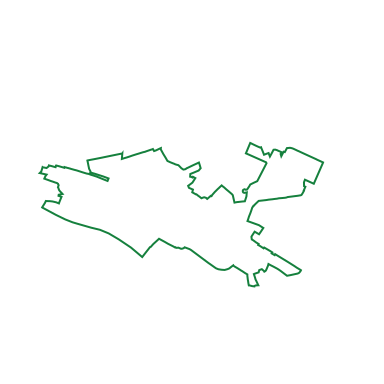 the district of Līvāni, Livanu, Latvia, rotated 307°
{"feature_id": "27541924B22543300679500", "entity_name": "Līvāni", "entity_type": "district", "adm_level": 2, "iso_a3": "LVA", "parent_name": "Latvia", "parent_adm1": "Livanu", "projection": "orthographic", "projection_center": [26.183, 56.355], "detail": "fine", "context": "isolated", "style": "outline", "palette": "green", "viewbox_px": 384, "rotation_deg": 307, "n_neighbors": 0, "source": "geoboundaries", "source_scale": "gbopen_adm2", "svg_char_len": 5718}
<svg xmlns="http://www.w3.org/2000/svg" viewBox="0 0 384 384"><g transform="rotate(307 192 192)"><path d="M202.8,134.9L202.0,134.5L201.7,134.2L200.7,133.5L200.4,133.3L196.7,130.8L196.0,130.4L194.2,128.9L192.4,127.6L190.0,125.9L189.5,125.5L185.3,122.5L182.9,120.9L179.9,118.8L179.4,118.4L177.5,117.0L177.0,116.7L176.5,116.3L176.2,116.1L180.9,113.1L180.7,113.1L180.1,112.5L180.0,112.4L172.3,105.6L164.8,99.0L159.0,93.8L156.6,91.6L154.8,90.0L154.5,89.7L154.2,89.5L152.3,91.7L150.3,93.9L149.3,95.1L148.7,95.7L148.0,97.1L147.3,98.6L146.4,99.0L147.3,101.4L148.2,103.7L149.6,107.8L151.0,111.8L151.8,114.5L152.6,117.2L151.9,117.4L150.0,117.9L148.8,113.6L147.0,106.8L146.9,106.5L145.6,102.7L145.1,101.4L144.1,98.2L143.9,97.9L143.3,96.7L142.9,95.6L142.5,94.5L141.9,92.9L140.6,89.1L139.9,87.1L139.5,86.1L138.9,84.7L138.4,83.4L137.6,81.4L137.5,81.0L136.6,78.7L136.1,77.6L135.8,76.6L135.3,75.6L135.2,75.2L134.5,75.5L132.6,70.4L131.4,67.5L131.2,67.5L130.0,68.0L129.9,68.0L129.7,68.1L129.6,67.9L128.4,64.8L127.1,61.7L126.2,62.1L123.6,61.4L121.9,57.8L121.9,57.7L120.1,58.4L117.6,59.3L115.5,59.0L118.4,65.4L116.5,65.4L113.8,66.0L114.4,68.0L115.0,69.9L115.8,72.6L116.7,75.2L117.3,77.2L117.6,77.9L117.8,78.5L117.9,78.8L117.9,79.3L117.9,79.9L117.9,80.1L117.7,80.4L117.5,80.6L117.3,81.1L117.2,81.4L116.9,81.5L115.1,82.1L114.9,82.7L114.4,83.4L113.5,84.8L113.1,86.3L112.7,88.8L112.5,89.8L109.6,87.2L108.6,87.7L109.6,90.7L104.3,92.1L102.8,92.6L102.0,89.7L100.5,86.3L99.2,84.1L97.3,81.4L96.9,80.7L95.8,80.9L95.1,81.1L89.5,81.6L89.5,81.9L91.8,96.9L93.8,107.2L95.9,114.8L97.5,119.1L102.8,132.9L106.4,141.2L108.8,150.4L110.1,162.0L110.9,176.8L110.1,191.4L116.4,191.5L120.6,191.6L122.6,191.6L123.4,192.1L127.1,192.4L132.4,193.4L134.8,193.8L135.8,200.5L136.2,203.9L137.3,210.0L137.5,211.9L137.9,212.0L138.0,213.0L138.1,213.3L139.4,214.7L139.5,215.2L140.1,217.5L141.1,218.5L142.5,219.3L143.4,219.4L144.9,224.4L145.1,226.1L145.2,247.9L145.3,250.0L145.5,257.0L145.7,257.8L146.2,259.6L147.7,262.4L149.4,265.0L151.9,266.9L153.5,267.8L155.9,268.4L158.3,269.1L158.2,269.3L158.1,269.6L158.1,270.1L158.1,270.6L158.3,272.4L158.5,274.0L158.7,276.5L158.8,277.5L158.8,278.2L159.0,279.7L159.2,283.2L159.5,285.8L158.3,286.7L157.2,287.8L155.7,289.2L154.7,290.3L153.2,291.8L152.1,293.0L151.6,293.6L152.1,294.3L152.5,295.3L153.0,296.6L154.0,298.4L154.2,298.2L155.8,299.2L157.4,301.1L159.8,296.6L160.1,295.9L160.6,295.1L161.4,294.1L163.7,290.8L164.1,291.0L167.9,293.6L170.1,292.7L172.4,294.2L172.2,297.0L171.9,297.7L173.0,298.2L173.6,298.2L174.2,298.2L174.9,298.0L175.7,297.9L176.3,297.7L177.4,297.4L178.4,297.2L178.9,297.0L179.0,297.0L180.5,296.4L180.8,298.6L181.4,301.9L182.0,305.8L182.2,307.7L182.3,310.2L182.3,317.8L182.3,318.3L184.8,320.6L190.5,325.5L191.3,325.9L192.0,326.2L193.8,326.3L194.6,326.2L195.1,326.1L195.1,325.7L194.6,321.0L194.5,318.5L193.8,310.3L192.7,299.2L192.4,295.8L191.3,296.0L190.9,292.6L192.1,292.5L191.9,289.9L191.1,283.1L190.1,283.1L189.8,278.7L189.5,276.7L190.6,276.5L190.4,274.6L190.3,273.6L190.3,270.8L190.2,268.5L190.1,268.3L192.0,266.4L192.5,266.3L198.0,265.9L198.6,271.0L201.1,270.9L206.2,270.6L205.8,265.4L202.2,253.8L204.7,253.0L206.6,252.3L210.0,251.4L212.9,250.5L215.8,249.5L217.7,249.4L217.7,249.6L220.1,249.8L221.4,250.0L225.0,250.6L226.7,252.4L228.4,254.2L230.2,256.1L232.1,257.9L233.3,259.2L234.5,260.5L236.2,262.2L237.8,263.9L239.3,265.2L241.4,267.6L243.5,269.9L244.5,270.8L245.5,271.4L249.1,275.1L252.7,278.8L254.8,280.8L255.5,281.2L257.4,281.1L260.3,280.7L260.3,280.4L264.4,279.4L264.1,278.0L267.1,275.6L269.8,274.8L271.9,284.3L294.2,279.0L294.5,278.9L293.0,272.1L293.0,271.8L290.3,259.6L289.8,257.3L288.8,252.6L288.6,251.8L288.4,251.2L288.4,250.8L288.0,249.0L287.6,247.1L287.3,246.0L287.0,245.2L286.4,243.9L286.3,243.7L286.2,243.6L284.2,241.4L279.7,242.1L279.3,240.9L276.1,241.5L274.3,241.8L275.7,239.9L275.9,239.9L277.7,239.6L277.5,238.9L277.4,238.3L277.2,237.7L277.1,237.3L277.0,236.6L276.9,236.3L276.7,235.5L276.6,234.8L275.9,232.9L274.8,231.7L271.3,232.3L267.2,232.9L269.2,229.7L267.2,228.4L265.1,227.1L266.6,224.7L267.2,223.7L269.1,220.5L269.3,220.2L268.5,219.7L267.9,217.3L267.4,215.0L266.8,212.0L266.2,209.0L260.7,210.4L255.3,211.8L256.0,214.7L256.7,217.7L258.5,225.5L260.3,233.3L259.8,234.2L249.9,235.9L239.9,237.6L236.8,235.9L233.0,234.0L231.1,234.3L227.0,234.5L226.1,233.5L225.9,232.4L225.0,231.8L224.3,231.6L223.4,231.9L222.7,232.6L222.5,233.4L222.8,234.3L224.7,236.0L223.8,236.5L221.3,238.1L216.4,239.8L214.4,237.6L212.3,235.4L210.9,233.9L210.1,233.2L209.1,232.3L214.0,226.5L214.3,225.2L214.4,223.7L214.6,220.5L214.7,218.3L214.8,216.9L215.0,215.0L215.0,213.7L215.0,213.2L215.1,211.7L213.3,211.4L212.4,211.2L211.4,211.1L210.5,210.9L209.3,210.7L207.9,210.5L207.1,210.4L205.9,210.2L201.7,209.9L200.9,210.0L200.6,210.1L200.4,210.0L200.2,209.9L200.2,209.7L200.2,209.3L199.8,209.2L198.3,208.9L197.8,208.8L195.6,208.3L195.6,208.2L195.6,207.9L195.8,207.1L195.8,206.8L195.7,206.5L195.3,205.3L195.1,204.9L194.8,204.7L194.6,204.5L193.4,203.7L192.7,203.3L192.7,203.1L192.8,200.2L192.7,199.6L192.8,198.2L192.8,196.9L192.5,196.7L191.9,192.4L194.5,191.3L193.5,187.1L194.6,185.2L199.7,186.7L202.4,186.5L205.1,186.3L204.7,183.6L203.9,183.7L203.6,182.4L203.1,181.3L205.4,179.8L206.7,180.6L209.0,182.0L211.1,183.2L213.1,184.4L216.2,184.6L218.0,182.2L219.7,179.8L213.9,176.7L208.1,173.7L207.7,173.4L207.4,173.4L207.1,173.3L206.1,172.9L204.7,171.6L204.6,169.2L205.2,165.4L205.2,164.9L204.4,163.0L204.0,161.8L203.8,160.7L203.4,159.4L202.7,156.8L202.4,155.5L202.3,154.9L202.1,154.1L202.0,153.8L202.6,152.3L202.9,151.7L203.4,150.5L204.0,149.0L205.0,146.4L206.4,143.3L206.9,142.2L207.3,141.3L208.3,140.7L207.8,140.4L203.2,138.0L203.0,137.8L201.9,137.1L202.6,135.4L202.8,134.9Z" fill="none" stroke="#15803d" stroke-width="2"/></g></svg>